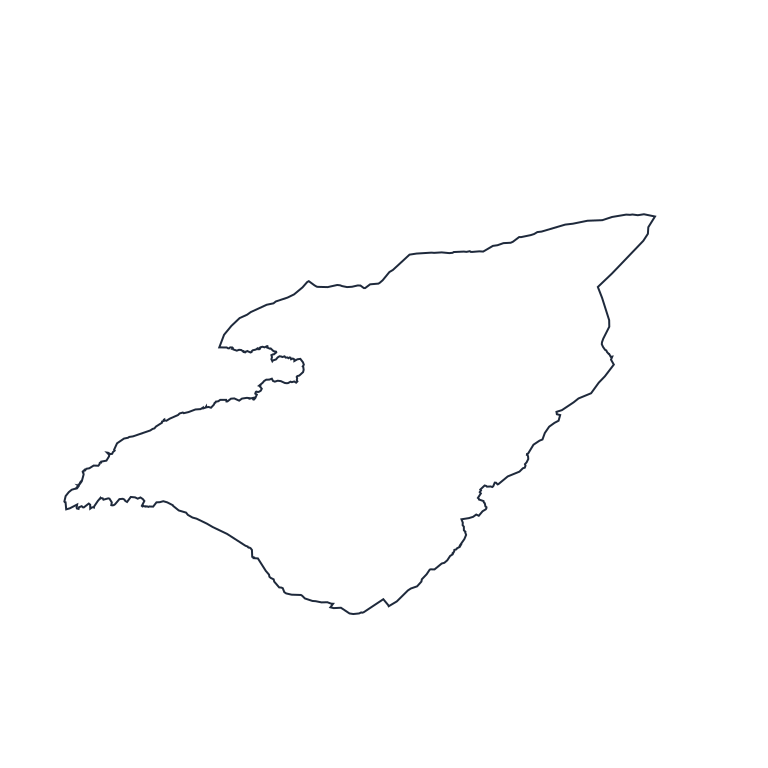 Sande nor, Vestfold, Norway, rotated 132°
{"feature_id": "86288312B46976910861287", "entity_name": "Sande nor", "entity_type": "district", "adm_level": 2, "iso_a3": "NOR", "parent_name": "Norway", "parent_adm1": "Vestfold", "projection": "natural_earth1", "projection_center": [10.282, 59.601], "detail": "fine", "context": "isolated", "style": "outline", "palette": "slate", "viewbox_px": 768, "rotation_deg": 132, "n_neighbors": 0, "source": "geoboundaries", "source_scale": "gbopen_adm2", "svg_char_len": 6158}
<svg xmlns="http://www.w3.org/2000/svg" viewBox="0 0 768 768"><g transform="rotate(132 384 384)"><path d="M546.0,231.8L537.0,229.0L521.4,228.1L518.0,227.2L512.2,224.0L505.8,224.0L503.8,225.2L496.9,225.0L491.4,225.8L490.5,225.3L488.0,222.4L478.8,221.0L476.5,219.5L472.7,219.0L467.5,219.8L464.7,219.0L463.7,219.3L463.7,219.8L461.7,219.7L460.2,220.7L458.5,219.6L457.2,219.8L454.5,218.7L452.7,219.1L453.3,219.5L453.0,219.6L445.5,220.5L441.2,222.0L439.9,224.4L439.3,224.7L439.3,226.7L436.6,229.2L436.3,231.1L434.3,232.7L432.7,235.9L426.9,231.2L423.1,228.9L419.3,228.1L418.5,225.4L412.6,225.6L409.0,224.5L407.8,224.8L407.0,225.4L407.1,226.7L405.2,229.3L405.2,230.5L404.4,231.7L406.3,236.1L405.8,236.9L405.8,238.0L400.5,238.8L400.3,240.5L398.2,240.7L398.0,241.8L392.1,241.3L391.4,239.9L391.4,238.8L388.8,236.2L388.1,234.6L386.9,234.4L383.2,235.7L382.4,234.7L382.6,232.4L381.9,232.0L369.9,230.2L358.5,224.7L353.7,224.4L352.0,223.4L350.0,224.2L349.3,225.6L346.8,225.6L343.2,226.6L341.4,228.5L340.7,230.0L341.0,230.4L340.3,230.9L339.1,230.4L329.1,232.3L322.0,230.5L319.2,229.1L312.8,231.7L305.2,232.7L298.8,231.3L294.5,229.7L289.2,232.3L290.8,235.3L289.3,237.2L284.4,234.3L270.7,230.8L264.6,229.8L252.3,223.9L239.3,225.3L230.5,225.0L215.8,226.2L214.0,231.6L210.9,232.7L212.1,233.7L211.0,236.8L211.3,237.1L211.0,239.7L210.3,241.3L210.7,242.5L209.9,246.0L208.7,248.8L207.0,250.0L203.6,251.4L190.7,254.9L185.9,259.4L174.1,279.5L168.8,290.0L149.2,288.5L104.1,287.1L95.8,288.4L90.6,292.5L78.2,294.7L83.9,304.4L88.7,308.3L91.8,312.8L93.6,314.3L96.1,317.4L107.3,326.3L116.2,331.4L126.5,342.0L138.5,350.9L144.3,356.0L165.3,368.9L168.5,371.7L172.1,372.8L175.2,374.6L183.1,380.4L184.4,381.9L192.1,383.4L194.3,384.4L199.4,389.5L204.9,392.5L208.5,395.5L219.2,398.9L221.7,402.0L226.9,406.9L227.8,408.0L227.9,409.1L230.6,411.1L232.2,413.3L239.3,420.5L240.6,420.8L243.0,423.0L247.6,429.2L253.0,434.5L254.6,436.6L265.3,447.1L270.8,451.6L293.3,453.7L297.2,454.9L307.9,454.4L311.7,454.9L313.1,455.3L319.2,461.0L325.3,462.2L326.2,463.2L326.6,467.4L328.4,469.5L333.1,472.8L336.7,476.3L339.3,480.7L340.0,482.6L341.7,485.0L349.7,490.7L356.1,498.2L356.7,499.2L357.2,501.7L357.9,508.7L359.7,509.3L366.7,509.2L377.6,510.8L384.3,513.5L395.0,519.6L398.0,520.1L403.6,524.2L419.6,531.1L424.1,532.1L431.6,535.4L442.9,536.3L454.4,535.8L467.0,530.9L462.1,525.3L461.8,523.7L461.2,523.0L459.7,522.8L458.4,521.2L458.5,520.7L459.1,520.5L458.6,520.2L459.2,519.2L457.7,515.7L455.6,514.6L454.3,512.9L454.1,511.1L453.6,510.5L454.2,509.8L453.4,508.4L452.7,508.6L452.0,507.9L451.0,507.7L449.9,504.3L448.9,503.8L448.4,504.2L446.8,504.1L444.2,502.3L442.0,501.8L441.9,501.2L442.3,500.7L441.4,499.8L440.7,499.8L440.6,500.6L439.4,500.4L437.6,499.2L436.7,497.3L434.0,496.2L433.9,495.8L435.1,495.2L434.1,492.4L433.4,492.0L433.5,488.1L432.2,485.8L432.6,485.2L435.7,485.7L436.2,486.3L437.9,487.0L439.0,485.2L440.9,484.3L441.8,482.2L440.8,482.3L438.0,480.7L435.4,480.8L433.3,480.2L432.3,478.7L432.0,477.6L430.0,476.4L430.2,474.8L428.9,473.5L428.8,472.3L427.4,471.9L427.0,471.1L427.8,469.6L426.1,468.8L425.7,467.1L426.9,466.0L423.6,464.9L421.3,463.0L422.1,458.7L423.3,456.5L425.3,456.1L425.2,455.6L427.2,453.2L429.3,452.1L434.4,452.6L436.1,453.7L437.2,453.6L437.8,452.4L439.5,451.4L440.0,450.1L441.8,450.2L442.2,452.4L444.3,453.7L444.8,455.0L447.5,455.9L448.5,456.8L449.6,458.4L450.9,462.6L452.7,465.2L455.3,466.7L456.0,468.6L455.1,470.9L457.5,472.2L459.6,474.4L462.0,475.1L464.3,475.0L468.9,475.7L468.4,474.5L468.9,474.4L469.3,471.7L471.4,471.1L473.2,471.6L474.2,472.2L475.1,473.8L475.8,473.9L477.3,473.2L477.0,471.4L480.7,470.2L482.7,470.3L482.9,470.8L481.1,471.4L484.4,473.8L484.1,473.9L486.0,476.6L489.9,479.8L493.3,480.5L494.9,485.6L497.3,487.9L501.7,488.7L502.4,489.4L501.4,490.7L505.4,495.1L507.7,495.6L509.7,497.2L510.7,496.8L511.4,497.2L513.2,496.6L517.4,496.7L518.5,499.1L520.4,500.5L519.8,501.1L521.1,500.9L523.4,502.2L523.6,502.7L523.2,502.9L525.4,503.5L529.1,507.1L535.7,510.5L539.7,513.3L539.8,514.4L542.7,516.2L544.8,516.3L553.1,520.0L556.9,521.1L557.5,522.2L558.6,522.9L557.6,523.6L557.9,523.7L558.9,523.0L560.4,523.8L561.4,523.1L568.2,525.0L570.6,524.9L572.2,525.9L574.9,526.6L590.9,535.5L593.8,537.9L595.3,538.3L598.5,540.7L606.7,542.7L613.4,540.6L613.7,539.6L616.0,539.9L617.7,539.3L619.2,540.4L619.7,543.0L620.3,543.9L620.5,540.9L621.8,539.9L626.7,539.0L630.9,542.2L631.6,541.7L631.9,542.2L632.9,542.4L634.1,541.7L635.9,541.6L638.9,545.2L643.8,546.6L646.2,548.5L648.3,548.3L648.9,548.7L648.6,549.1L650.7,549.3L651.2,548.6L650.9,548.3L652.2,546.7L658.3,543.6L659.1,543.5L659.0,544.0L659.4,544.0L659.5,543.4L661.4,543.2L661.4,543.6L662.4,543.2L663.1,543.7L663.6,543.4L662.8,543.2L663.8,542.8L664.2,543.5L664.2,542.6L667.0,542.3L667.6,542.7L667.1,543.1L667.9,543.1L671.5,545.3L675.3,545.9L680.3,545.6L685.2,542.9L685.4,542.2L685.0,541.5L689.8,536.3L686.6,534.3L678.9,531.4L681.6,529.7L682.0,528.9L681.2,527.4L679.7,528.2L677.1,526.9L677.1,525.1L676.5,524.5L670.4,523.4L670.3,521.6L673.2,518.9L671.3,518.5L670.1,517.7L669.9,516.9L668.8,517.5L662.4,518.4L658.7,518.5L659.0,518.1L658.0,517.8L657.2,516.5L657.7,515.1L653.5,512.4L652.9,511.3L654.1,507.1L656.5,505.6L656.1,504.8L654.9,503.8L653.4,503.4L646.6,503.6L644.1,501.3L643.6,499.6L644.0,498.0L643.6,496.0L637.4,496.6L634.8,493.1L634.0,490.3L631.3,489.1L630.9,486.3L631.3,483.8L636.6,482.4L636.6,481.6L635.5,481.5L635.4,480.3L634.5,479.5L634.5,478.9L633.6,478.4L632.9,476.8L632.1,476.5L629.6,473.5L624.2,473.9L621.8,471.5L618.8,469.6L617.0,465.9L615.4,459.8L615.7,459.2L615.3,451.9L612.0,445.0L612.5,442.2L611.4,437.0L609.5,433.2L606.3,422.2L604.9,415.5L600.4,400.3L596.9,378.7L596.0,376.5L596.3,375.8L596.1,375.0L595.6,374.5L595.3,373.3L595.7,371.1L600.6,366.3L599.9,364.6L600.6,364.3L598.0,361.0L602.0,346.7L602.6,341.9L603.9,340.2L603.9,338.4L603.0,335.3L604.3,333.4L605.3,325.8L604.0,324.1L603.5,322.6L605.4,318.8L605.1,316.6L602.4,311.7L596.4,304.6L596.1,303.2L596.3,299.3L593.1,292.0L591.1,289.4L588.1,284.3L584.1,280.1L582.6,276.3L581.4,274.8L585.8,274.4L584.2,271.4L579.1,266.3L577.6,256.1L575.5,252.9L571.2,249.0L569.0,248.1L568.6,247.2L567.3,246.4L544.4,240.5L545.5,232.9L546.0,231.8Z" fill="none" stroke="#1e293b" stroke-width="2"/></g></svg>